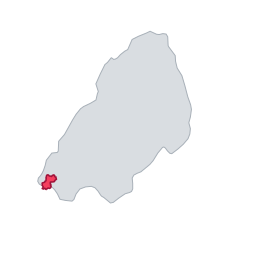 location of Serthig, Samdrup Jongkhar, Bhutan, rotated 125°
{"feature_id": "84629894B58083807854661", "entity_name": "Serthig", "entity_type": "district", "adm_level": 2, "iso_a3": "BTN", "parent_name": "Bhutan", "parent_adm1": "Samdrup Jongkhar", "projection": "robinson", "projection_center": [91.922, 27.007], "detail": "fine", "context": "in_parent", "style": "filled", "palette": "rose", "viewbox_px": 256, "rotation_deg": 125, "n_neighbors": 0, "source": "geoboundaries", "source_scale": "gbopen_adm2", "svg_char_len": 4272}
<svg xmlns="http://www.w3.org/2000/svg" viewBox="0 0 256 256"><g transform="rotate(125 128 128)"><path d="M199.0,110.6L198.6,112.1L196.9,116.3L195.9,120.8L196.8,124.5L200.5,128.9L205.5,132.4L211.8,132.7L217.6,131.3L220.0,131.9L223.2,137.7L225.4,142.8L222.4,148.1L220.7,152.6L220.1,155.9L220.4,157.3L222.3,160.0L224.5,164.5L224.8,168.6L223.4,171.4L220.4,172.7L217.2,172.3L214.6,172.4L211.3,172.9L206.1,174.4L201.2,176.4L192.2,176.0L188.6,171.9L186.9,171.9L178.6,177.2L169.7,176.3L153.3,178.0L146.5,178.4L139.5,177.9L135.9,176.7L129.4,173.0L123.4,170.3L117.3,172.8L115.2,173.2L110.3,179.6L99.7,181.7L89.2,183.3L86.1,182.4L80.1,182.0L79.9,180.5L80.1,179.1L78.8,177.9L76.4,176.8L72.2,176.3L66.9,174.7L63.9,173.2L53.1,175.4L46.8,172.0L39.7,167.4L36.1,165.4L34.8,158.3L33.5,156.0L30.7,153.6L29.2,150.7L30.5,147.8L37.6,142.3L38.2,141.1L41.6,130.9L46.2,127.2L50.7,122.1L54.2,113.9L60.8,105.6L68.1,97.0L73.1,90.0L76.4,86.7L83.2,83.2L88.8,81.2L92.8,76.5L97.5,73.9L102.4,72.7L109.6,73.4L116.4,75.0L123.9,77.4L124.7,79.2L124.1,82.6L123.0,85.9L123.0,87.7L124.1,88.6L131.4,89.2L140.3,88.7L145.3,89.2L156.5,92.3L159.8,94.5L163.2,96.2L166.5,95.9L170.8,92.3L175.2,89.2L178.0,88.7L179.9,89.7L183.5,92.6L190.9,95.4L197.4,97.4L199.5,99.4L198.8,107.8L199.0,110.6Z" fill="#d9dde1" stroke="#a8b0b8" stroke-width="1"/><path d="M226.7,163.6L226.8,163.4L226.7,163.1L226.7,162.9L226.6,162.7L226.5,162.3L226.4,162.3L226.3,162.2L226.2,162.1L226.0,161.9L225.8,161.8L225.7,161.7L225.3,161.6L225.1,161.6L225.1,161.4L225.1,161.2L225.2,160.7L225.3,160.6L225.4,160.4L225.3,160.2L225.3,159.9L224.9,159.9L224.7,159.8L224.6,159.7L224.4,159.6L224.1,159.4L223.8,159.3L223.8,159.2L223.7,159.2L223.4,159.2L223.2,159.2L223.0,158.9L222.8,158.7L222.7,158.5L222.7,158.1L222.7,157.9L222.6,157.7L222.4,157.6L222.2,157.5L222.0,157.4L221.9,157.3L221.7,157.2L221.4,157.1L221.2,157.1L220.8,157.3L220.6,157.3L220.4,157.3L220.2,157.4L219.9,157.5L219.7,157.8L219.7,158.0L219.8,158.2L219.8,158.3L219.7,158.4L219.4,158.4L219.2,158.4L219.2,158.5L218.9,158.6L218.8,158.8L218.7,158.8L218.7,159.0L218.4,159.2L218.4,159.3L218.4,159.5L218.1,159.6L218.1,159.8L217.9,160.0L217.7,160.1L217.4,160.3L217.1,160.4L217.0,160.5L216.8,160.4L216.7,160.4L216.4,160.2L216.2,160.0L216.2,159.7L216.0,159.4L215.8,159.3L215.7,159.1L215.4,158.8L215.3,158.7L215.2,158.6L215.0,158.4L214.9,158.2L214.7,157.9L214.5,158.0L214.4,158.0L214.3,157.9L214.2,157.8L213.9,157.7L213.8,157.8L213.7,157.8L213.6,157.7L213.4,157.6L213.2,157.7L212.9,157.7L212.9,157.8L212.7,157.8L212.4,157.8L212.2,157.7L212.2,157.8L212.2,157.7L211.8,157.6L211.7,157.6L211.5,157.4L211.4,157.4L211.2,157.2L211.1,157.3L210.9,157.4L210.9,157.5L210.7,157.7L210.7,157.8L210.4,157.9L210.3,158.0L210.2,158.1L210.1,158.3L210.0,158.5L210.0,158.8L209.9,158.9L209.9,159.0L209.7,159.0L209.8,159.2L209.8,159.3L209.9,159.5L209.8,159.8L209.7,159.9L209.7,160.0L209.7,160.3L209.4,160.4L209.4,160.5L209.2,160.6L209.2,160.8L209.2,161.0L209.0,161.3L208.9,161.4L208.9,161.5L209.0,161.8L209.1,162.0L209.3,162.1L209.4,162.3L209.5,162.3L209.9,162.4L209.9,162.5L210.0,162.6L210.2,162.8L210.3,162.8L210.4,162.7L210.5,162.7L210.8,162.8L211.0,162.8L211.3,162.9L211.5,162.9L211.5,163.0L211.5,163.3L211.6,163.5L211.8,163.8L212.0,163.9L212.0,164.0L212.2,164.3L212.2,164.5L212.3,164.7L212.4,164.8L212.5,165.0L212.4,165.3L212.3,165.5L212.2,165.7L212.2,165.8L212.1,166.1L212.3,166.3L212.3,166.6L212.4,166.9L212.5,167.0L212.8,167.2L212.9,167.3L213.0,167.4L213.3,167.4L213.5,167.3L213.8,167.4L214.0,167.3L214.1,167.2L214.3,167.2L214.6,167.1L214.9,166.8L215.0,166.8L215.4,166.8L215.5,166.8L215.6,166.7L215.9,166.4L216.1,166.3L216.2,166.1L216.3,166.0L216.6,166.0L216.8,165.9L217.1,165.7L217.3,165.5L217.4,165.4L217.5,165.3L217.6,165.2L217.8,165.2L218.0,165.1L218.3,165.0L218.6,165.0L218.8,165.2L218.9,165.3L219.2,165.4L219.3,165.5L219.5,165.4L219.7,165.2L219.8,165.2L220.0,165.2L220.2,165.3L220.3,165.3L220.6,165.5L220.8,165.7L221.0,165.8L221.3,166.0L221.5,166.1L221.6,166.3L221.8,166.4L221.9,166.5L222.1,166.7L222.3,166.7L222.5,166.6L222.8,166.5L223.1,166.1L223.4,165.9L223.6,165.7L223.9,165.6L224.2,165.4L224.3,165.1L224.4,164.8L224.4,164.6L224.6,164.3L224.6,164.1L224.7,163.9L224.9,163.7L225.1,163.5L225.6,163.5L225.8,163.5L226.1,163.5L226.4,163.6L226.7,163.6Z" fill="#f43f5e" stroke="#9f1239" stroke-width="1.5"/></g></svg>